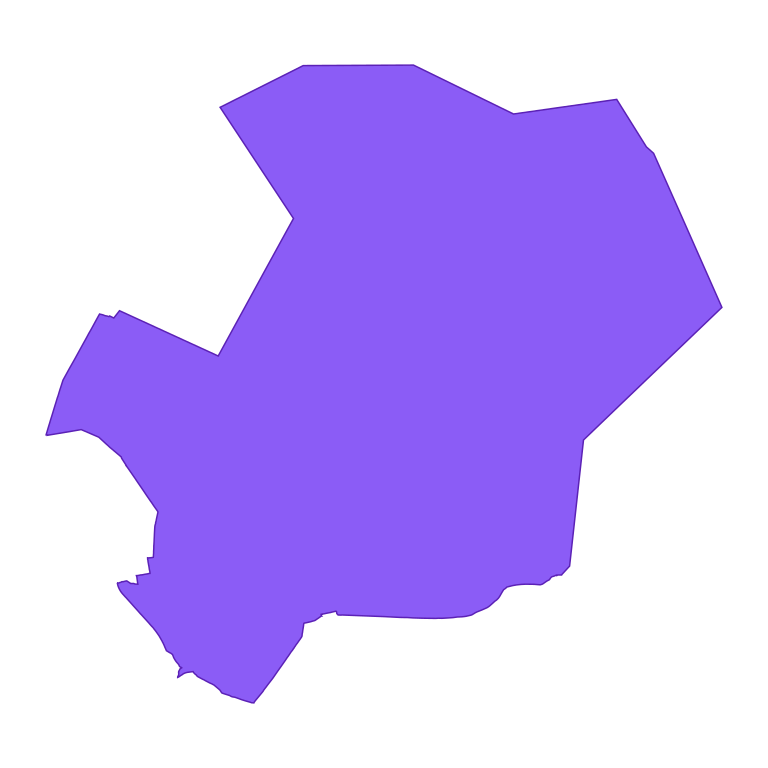 the district of Hollands Kroon, Noord-Holland, Netherlands
{"feature_id": "6326949B67120856251926", "entity_name": "Hollands Kroon", "entity_type": "district", "adm_level": 2, "iso_a3": "NLD", "parent_name": "Netherlands", "parent_adm1": "Noord-Holland", "projection": "robinson", "projection_center": [4.878, 52.876], "detail": "fine", "context": "isolated", "style": "filled", "palette": "violet", "viewbox_px": 768, "rotation_deg": 0, "n_neighbors": 0, "source": "geoboundaries", "source_scale": "gbopen_adm2", "svg_char_len": 5896}
<svg xmlns="http://www.w3.org/2000/svg" viewBox="0 0 768 768"><path d="M616.7,99.4L513.5,114.0L413.5,65.1L303.2,65.6L220.1,107.3L256.2,162.0L293.5,218.5L288.8,227.0L265.6,269.3L218.2,356.0L119.5,310.7L113.8,318.0L109.7,316.0L109.3,316.5L109.1,316.6L108.8,316.6L107.7,316.2L105.8,315.8L105.2,315.7L104.8,315.6L104.1,315.3L103.1,314.9L102.4,314.7L101.6,314.5L101.2,314.4L100.9,314.4L99.6,314.0L99.1,314.8L96.4,319.7L92.6,326.7L90.5,330.5L88.8,333.4L87.1,336.6L85.4,339.7L83.4,343.3L74.6,359.3L69.5,368.3L63.0,380.1L61.0,386.4L59.9,389.7L58.1,395.7L57.3,397.9L55.8,402.9L55.1,405.1L52.1,415.0L50.6,419.8L49.7,422.9L49.1,424.8L46.1,434.8L47.4,434.9L47.3,435.3L71.9,431.2L81.2,429.6L98.8,437.2L106.3,444.1L107.7,445.3L109.9,447.4L112.2,449.3L121.3,457.0L121.4,457.6L121.5,458.0L121.9,458.7L122.0,458.8L122.5,459.7L123.1,460.5L123.3,460.9L126.2,465.4L126.0,465.5L126.4,466.1L127.3,467.2L136.1,479.9L136.1,480.0L136.3,480.3L142.4,489.2L146.5,495.3L150.5,501.1L151.6,502.6L153.8,505.9L156.3,509.4L158.1,512.0L158.3,512.1L157.9,512.1L157.9,512.6L157.7,513.0L157.7,513.3L157.6,513.7L156.9,516.9L156.3,519.7L156.1,521.1L155.8,521.9L155.6,522.8L155.7,523.1L155.5,523.9L155.4,524.0L155.3,524.4L155.3,524.7L155.1,525.0L154.9,526.1L154.8,527.2L154.7,528.6L154.4,534.2L154.3,536.8L154.2,538.7L154.1,541.3L154.0,543.0L153.9,545.1L153.8,545.7L153.8,548.0L153.7,549.9L153.6,551.1L153.6,551.7L153.6,553.3L153.5,554.1L153.4,556.0L153.4,556.6L153.4,556.9L153.3,557.3L152.5,557.5L150.8,557.7L148.6,557.9L148.4,557.9L147.6,557.8L147.6,558.5L147.7,559.6L147.8,560.0L148.0,560.5L148.0,561.1L148.0,561.4L148.2,562.6L148.3,563.1L148.5,564.2L148.6,565.0L148.9,566.0L148.9,566.5L149.0,567.1L149.1,567.6L149.2,567.8L149.2,568.5L149.4,569.7L149.8,571.3L149.9,572.2L150.0,572.8L150.0,573.2L150.0,573.4L149.4,573.4L147.3,573.9L144.7,574.3L142.3,574.8L141.8,574.9L141.0,574.9L140.3,575.0L139.5,575.2L138.9,575.3L137.9,575.5L136.4,575.6L136.8,576.9L137.0,577.8L137.0,578.4L137.1,579.1L137.8,584.2L134.9,584.0L134.0,583.6L133.8,583.5L133.4,583.5L130.7,583.5L130.6,583.4L129.4,582.6L127.2,581.2L126.8,580.9L126.6,581.0L125.9,581.0L124.7,581.3L123.8,581.5L123.2,581.7L122.2,581.7L121.9,581.7L121.6,581.8L121.3,582.0L120.8,582.3L119.9,582.5L119.0,582.9L118.7,583.0L118.3,583.0L117.6,582.9L117.4,582.8L117.2,582.9L117.3,582.9L117.6,584.3L118.0,585.9L118.6,587.5L119.4,589.2L119.6,589.6L120.3,590.8L121.3,592.3L122.5,593.8L123.6,595.0L125.2,596.8L126.3,597.9L127.5,599.3L129.3,601.3L138.0,611.0L140.7,614.1L140.8,614.1L148.4,622.5L149.3,623.5L149.5,623.7L149.5,623.8L151.9,626.5L152.0,626.5L153.5,628.2L153.9,628.8L154.4,629.5L154.7,629.8L156.0,631.5L158.6,635.2L158.9,635.6L159.4,636.4L159.5,636.7L159.6,636.8L159.9,637.3L161.7,640.5L162.1,641.1L162.4,641.9L162.8,642.5L163.7,644.4L164.4,645.9L164.6,646.6L165.4,648.3L166.3,650.4L166.4,650.7L169.7,652.7L170.0,652.8L170.8,653.2L171.8,654.0L172.1,654.2L172.3,654.3L172.5,654.6L172.7,655.0L173.3,656.5L173.6,657.4L174.3,658.7L175.2,660.2L176.0,661.4L176.9,662.5L177.9,663.6L178.6,664.5L179.1,665.4L179.5,666.4L179.6,666.5L180.1,666.9L180.4,667.1L181.1,667.3L181.4,667.5L181.7,667.8L180.8,668.4L180.0,668.9L179.8,669.3L179.7,669.6L179.1,670.7L178.7,671.5L178.6,672.4L178.6,672.6L178.7,673.4L178.7,673.7L178.7,674.0L178.7,674.4L178.4,675.5L177.8,676.6L177.7,676.9L177.7,677.4L178.8,676.9L181.2,675.2L181.7,675.0L183.2,673.9L183.7,673.6L184.8,673.1L186.0,672.7L187.1,672.4L193.1,671.6L193.4,672.3L193.9,672.9L195.3,674.3L195.9,674.7L196.1,674.8L196.6,675.5L197.0,676.0L197.7,676.6L202.5,679.2L204.1,679.9L205.4,680.7L210.0,683.1L211.7,683.8L213.5,684.8L213.8,684.9L216.2,686.9L218.8,689.1L220.1,690.3L220.3,690.6L220.4,690.8L221.6,692.7L221.8,692.9L222.2,693.1L222.5,693.2L223.0,693.4L225.1,694.1L229.6,695.5L230.8,696.2L231.6,696.6L232.3,696.8L233.1,697.0L234.2,697.1L234.6,697.2L234.8,697.2L238.8,698.6L240.6,699.3L241.7,699.7L245.5,700.9L249.7,702.1L250.5,702.3L250.9,702.5L251.3,702.7L253.9,702.9L254.0,702.6L254.2,702.2L255.3,700.7L259.7,695.4L262.5,692.0L263.1,691.2L263.3,690.9L263.4,690.7L263.6,690.3L264.7,688.8L266.2,686.9L267.2,685.5L268.9,683.3L270.6,681.1L272.7,678.4L273.4,677.4L277.2,671.9L277.6,671.3L281.1,666.4L285.3,660.4L287.3,657.4L288.3,656.1L291.1,651.9L292.4,650.3L292.8,649.7L293.1,649.3L293.6,648.4L294.0,648.1L294.7,646.8L295.0,646.5L295.7,645.4L295.8,645.2L296.6,644.1L297.0,643.6L297.3,643.2L297.8,642.5L298.0,642.2L299.1,640.6L300.2,639.1L301.6,637.0L301.7,636.8L302.0,636.1L302.2,633.9L302.5,632.6L302.8,630.3L303.0,629.0L303.5,625.9L303.6,624.9L303.7,624.2L303.9,623.3L304.1,623.2L304.3,623.1L305.4,622.9L306.0,622.8L310.9,621.7L312.7,621.1L314.0,620.8L315.1,620.4L319.6,617.3L321.0,616.3L321.4,616.0L321.5,616.0L321.3,615.8L321.1,614.3L321.8,614.2L322.2,614.4L322.4,614.3L322.4,614.2L322.7,614.0L322.8,613.9L323.1,613.9L323.5,613.9L324.1,613.8L326.8,613.2L329.4,612.7L330.7,612.5L331.6,612.2L335.9,611.2L336.5,611.6L336.8,613.6L338.1,615.0L341.1,615.1L341.9,615.0L342.4,615.0L384.2,616.6L399.8,617.4L404.2,617.5L407.0,617.5L413.0,617.9L422.9,618.2L435.7,618.4L438.5,618.2L442.0,618.3L448.7,617.9L453.0,617.6L455.2,617.3L457.3,617.0L459.7,616.9L461.8,616.8L462.8,616.7L463.9,616.6L466.0,616.3L470.4,615.3L471.1,615.1L471.7,614.9L472.3,614.6L475.4,612.7L476.2,612.3L477.0,611.9L477.8,611.6L481.8,610.0L485.9,608.2L487.0,607.7L488.0,607.1L489.0,606.4L489.9,605.7L495.0,601.1L496.6,600.0L497.4,599.2L498.3,598.3L498.9,597.5L499.6,596.5L501.9,592.5L503.6,589.7L505.5,588.4L507.0,587.0L510.3,586.2L512.6,585.6L516.6,584.9L521.3,584.4L525.2,584.2L527.5,584.2L534.1,584.3L536.3,584.5L540.2,584.8L541.9,584.3L542.2,584.2L543.1,583.7L546.5,581.3L547.7,580.6L549.0,580.0L549.6,579.5L550.2,578.5L550.9,577.6L551.6,576.9L552.1,576.7L554.1,576.1L556.4,575.1L556.8,575.6L557.6,575.0L560.6,575.0L561.5,575.0L561.5,574.9L569.6,566.1L583.5,440.0L618.8,406.1L721.9,307.4L680.6,214.1L653.6,153.3L646.4,146.9L616.7,99.4Z" fill="#8b5cf6" stroke="#5b21b6" stroke-width="1.5"/></svg>